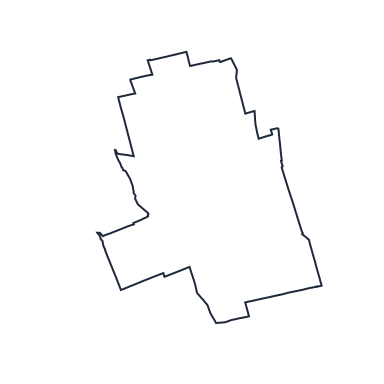 outline of Redea, Olt, Romania, rotated 246°
{"feature_id": "2599482B70526693367132", "entity_name": "Redea", "entity_type": "district", "adm_level": 2, "iso_a3": "ROU", "parent_name": "Romania", "parent_adm1": "Olt", "projection": "robinson", "projection_center": [24.25, 44.051], "detail": "fine", "context": "isolated", "style": "outline", "palette": "slate", "viewbox_px": 384, "rotation_deg": 246, "n_neighbors": 0, "source": "geoboundaries", "source_scale": "gbopen_adm2", "svg_char_len": 5458}
<svg xmlns="http://www.w3.org/2000/svg" viewBox="0 0 384 384"><g transform="rotate(246 192 192)"><path d="M298.3,282.0L298.5,281.7L298.5,280.7L298.6,279.9L298.6,279.0L298.8,276.7L299.0,274.4L299.1,271.9L299.1,271.1L299.2,270.8L299.3,270.6L299.5,270.4L299.8,270.4L301.3,270.6L302.5,264.6L303.4,263.1L304.7,256.9L305.6,252.7L307.9,241.5L313.9,242.4L315.2,242.8L322.3,243.9L323.8,235.8L326.4,221.9L329.2,207.7L329.3,207.5L330.0,207.4L330.3,205.1L315.3,203.5L316.0,200.8L316.1,200.6L317.1,196.3L317.3,194.6L317.6,193.7L319.8,181.4L319.1,181.1L305.1,180.2L306.2,175.3L308.7,163.1L305.8,162.6L301.8,161.9L296.7,161.1L293.0,160.6L287.4,159.8L248.4,153.3L251.8,148.3L256.3,140.9L256.7,140.3L257.0,140.0L257.3,139.8L257.9,139.5L258.4,139.3L259.1,139.2L260.4,139.3L261.2,139.3L261.4,139.2L261.8,138.8L261.7,138.7L261.6,138.8L260.6,138.5L259.9,138.4L258.9,138.1L258.0,137.8L257.9,137.8L257.0,137.8L254.1,137.7L252.6,137.6L251.2,137.7L248.7,137.9L247.4,138.1L247.1,138.1L246.6,138.0L246.0,137.9L245.3,137.9L243.8,137.8L243.4,137.8L243.2,137.8L242.4,138.2L241.9,138.2L241.1,138.1L240.1,138.0L239.9,138.0L239.5,138.4L239.2,138.9L239.0,139.2L238.7,139.4L238.3,139.6L237.9,139.8L237.3,139.9L236.8,140.0L236.4,140.1L236.0,140.2L234.3,140.2L233.6,140.3L232.0,140.5L231.0,140.6L229.6,140.7L228.2,140.8L227.7,140.7L225.8,140.5L223.0,140.4L221.9,140.3L221.3,140.1L220.7,140.0L219.6,139.7L218.7,139.4L218.1,139.3L217.3,139.3L216.8,139.1L216.5,139.0L216.0,138.7L215.0,138.3L214.8,138.2L214.4,138.3L213.9,138.4L212.5,138.8L212.0,138.9L211.7,138.9L211.4,138.8L210.9,138.5L210.2,138.0L209.3,137.4L209.1,137.3L207.5,137.4L204.9,137.4L204.1,137.5L203.6,137.6L203.2,137.6L202.8,137.5L190.3,143.4L189.9,143.1L189.3,143.1L189.1,143.0L189.1,142.4L189.0,142.2L187.8,142.1L187.6,141.9L187.6,141.3L187.5,140.7L187.4,139.9L187.5,136.2L187.5,135.8L187.3,135.5L187.3,135.0L187.4,129.0L187.5,126.1L187.5,125.8L187.1,125.8L186.1,125.7L186.4,123.0L186.7,119.9L186.8,118.1L187.0,112.9L187.5,100.1L187.6,99.3L187.8,97.7L187.9,95.3L187.9,92.7L189.0,92.3L191.5,91.5L192.0,91.3L192.3,90.9L192.6,90.5L192.9,89.7L193.3,88.9L192.7,89.0L191.5,89.4L190.6,89.6L189.8,89.8L188.5,90.0L188.0,89.9L187.6,89.8L186.4,89.4L185.6,89.6L183.6,90.3L181.6,89.8L180.7,89.6L178.3,89.1L178.0,89.1L175.5,89.3L175.2,89.2L174.3,89.0L173.7,88.9L165.3,88.5L158.2,88.3L146.6,87.9L145.1,87.9L139.6,87.6L131.4,87.2L131.3,89.1L131.1,94.0L131.1,96.5L130.9,100.0L130.8,103.3L130.6,111.2L130.4,115.4L130.3,118.4L130.2,121.2L129.9,126.6L129.7,130.7L129.6,131.5L129.5,132.9L125.9,132.3L125.7,132.5L124.9,150.3L124.6,159.0L124.6,159.3L118.8,158.6L115.6,158.3L111.4,157.9L106.6,157.3L102.4,156.5L98.7,155.8L97.7,155.6L96.8,155.9L95.0,156.4L91.7,157.4L89.3,158.2L86.1,159.1L84.6,159.5L83.1,159.9L82.5,160.1L81.9,160.1L75.2,159.6L73.4,159.6L72.1,159.6L69.5,160.0L64.8,160.5L62.5,160.7L61.0,165.0L60.6,166.1L59.5,169.5L59.4,170.9L59.0,175.8L57.3,184.3L56.6,187.1L55.2,193.5L69.5,195.7L68.8,199.4L68.7,199.9L68.6,200.2L68.3,201.5L68.2,201.8L68.2,202.0L68.0,203.1L67.9,203.7L67.6,205.0L67.3,206.3L67.2,206.7L67.2,207.0L67.1,207.5L66.9,208.2L66.8,208.8L66.7,209.0L66.6,209.6L66.6,209.8L66.5,210.4L66.4,210.6L66.4,210.9L66.2,211.6L66.2,211.9L66.1,212.2L66.1,212.6L65.8,213.7L65.7,214.2L65.2,216.5L64.8,218.6L64.7,218.9L64.6,219.3L64.4,220.1L64.3,220.7L64.2,220.9L64.2,221.3L64.2,221.6L64.0,222.7L63.8,223.3L63.5,224.9L63.5,225.0L63.4,225.7L63.2,226.2L63.2,226.3L63.1,226.6L63.0,226.9L62.9,227.6L62.9,227.9L62.9,228.0L62.8,228.3L62.7,228.9L62.7,229.2L62.5,229.5L62.4,230.1L62.3,230.5L62.1,231.3L61.4,235.1L61.3,236.2L61.0,238.1L60.9,238.5L60.8,239.1L60.6,239.7L60.6,239.9L60.5,240.4L60.3,241.6L59.8,243.6L59.5,245.1L59.4,245.4L59.3,245.8L59.2,246.2L59.1,246.6L59.1,246.8L59.1,247.0L58.9,247.6L58.9,247.8L58.8,248.0L58.7,248.6L58.6,249.1L58.4,250.1L58.1,251.3L58.0,251.8L57.9,252.4L57.8,252.5L57.8,252.8L57.7,253.2L57.6,253.7L57.6,253.9L57.5,254.2L57.3,255.6L57.2,256.2L57.2,256.4L57.1,256.6L57.1,256.9L57.0,257.2L56.9,257.5L56.9,257.8L56.8,258.3L56.7,259.0L56.4,260.6L56.3,260.8L56.3,261.0L56.2,261.5L56.1,261.9L55.9,262.4L55.8,262.8L55.7,263.2L55.7,263.4L55.6,263.8L55.5,264.4L55.5,264.6L55.4,265.0L55.3,265.3L55.3,265.6L55.1,266.2L55.0,266.8L54.9,267.6L54.6,267.5L54.3,269.3L53.7,272.3L55.5,272.6L58.5,273.0L61.0,273.5L62.1,273.6L65.0,274.0L74.8,275.4L77.4,275.9L81.9,276.5L91.6,277.9L96.5,278.6L100.8,279.4L101.5,279.0L104.0,277.9L108.3,275.7L108.6,275.5L108.8,276.0L109.2,276.4L109.6,276.4L110.0,276.4L110.3,276.2L110.5,276.2L119.3,277.2L131.4,278.6L140.1,279.7L156.2,281.3L162.8,282.1L172.1,283.2L175.9,283.7L177.2,283.8L178.1,284.0L178.3,284.1L178.4,284.4L178.4,284.8L178.4,285.0L178.7,285.3L179.0,285.3L182.4,285.7L184.0,285.9L184.3,286.0L184.1,286.8L184.4,286.9L185.7,287.3L187.6,287.8L190.1,288.6L191.8,289.2L192.0,289.2L193.8,289.8L196.5,290.7L198.7,291.5L199.5,291.7L200.6,292.1L200.9,292.2L202.5,292.7L203.1,292.8L205.4,293.6L205.9,293.8L206.7,294.1L207.4,294.3L207.5,294.3L207.8,294.4L208.1,294.4L208.2,294.5L208.5,294.6L208.8,294.7L209.8,295.1L210.5,295.3L210.8,295.4L211.7,295.7L212.1,295.9L212.6,296.0L212.8,296.1L213.0,296.1L213.4,296.2L213.7,296.3L214.8,296.7L215.1,296.7L215.3,296.7L215.3,296.8L216.9,289.3L211.9,288.7L211.9,288.3L212.0,287.0L212.2,285.6L212.7,282.6L212.7,281.6L212.8,281.3L212.9,280.3L213.1,279.2L213.1,278.6L213.2,277.6L213.5,275.9L213.5,274.6L218.4,275.4L227.2,277.3L230.6,278.4L240.6,282.1L241.9,272.6L278.3,278.7L285.2,282.7L298.1,282.1L298.3,282.0Z" fill="none" stroke="#1e293b" stroke-width="2"/></g></svg>